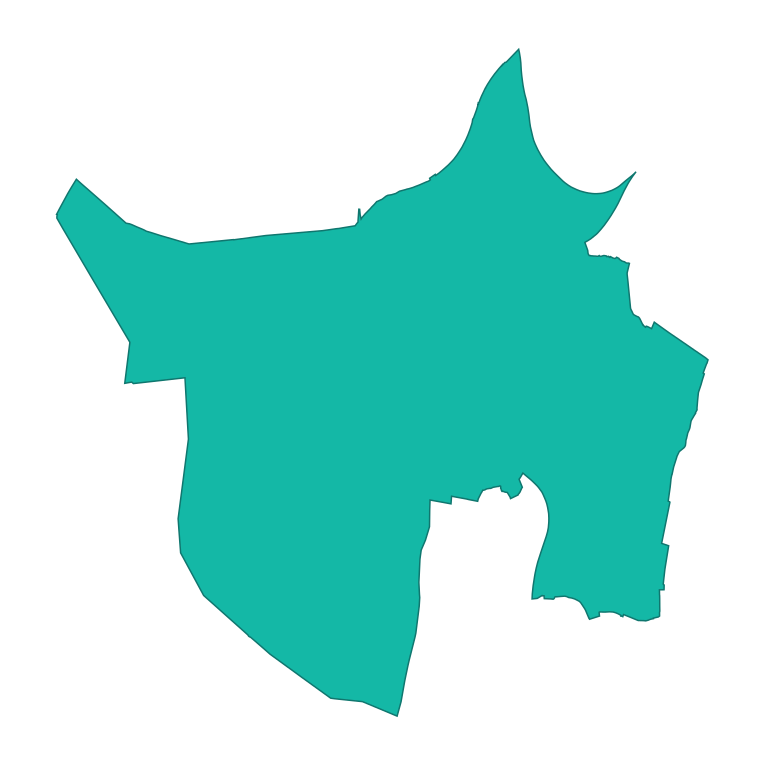 outline of Arnhem, Gelderland, Netherlands, rotated 269°
{"feature_id": "6326949B83148599629942", "entity_name": "Arnhem", "entity_type": "district", "adm_level": 2, "iso_a3": "NLD", "parent_name": "Netherlands", "parent_adm1": "Gelderland", "projection": "robinson", "projection_center": [5.9, 52.006], "detail": "fine", "context": "isolated", "style": "filled", "palette": "teal", "viewbox_px": 768, "rotation_deg": 269, "n_neighbors": 0, "source": "geoboundaries", "source_scale": "gbopen_adm2", "svg_char_len": 6077}
<svg xmlns="http://www.w3.org/2000/svg" viewBox="0 0 768 768"><g transform="rotate(269 384 384)"><path d="M559.3,59.6L559.1,60.3L558.5,60.1L557.3,59.9L555.6,59.8L545.4,65.4L497.0,92.7L430.4,130.5L429.8,130.6L389.2,124.8L390.3,131.8L388.8,133.4L389.0,135.4L393.7,185.1L332.3,187.5L252.9,175.8L243.6,176.3L218.7,177.7L175.7,200.0L135.5,243.5L134.6,244.0L134.0,244.5L133.6,245.1L133.1,246.2L122.1,258.5L115.8,265.4L92.0,296.9L70.8,325.2L70.2,329.0L66.8,356.9L51.7,391.3L66.0,395.5L86.5,399.5L91.0,400.5L102.4,403.1L108.0,404.5L130.5,410.6L134.4,411.5L161.1,415.3L169.9,416.0L172.8,415.8L185.0,415.4L208.3,416.9L217.3,418.3L227.1,422.7L240.5,427.0L257.2,427.5L267.2,428.0L265.1,438.5L264.8,440.1L263.0,448.9L270.6,449.6L269.5,454.9L267.6,464.4L267.0,466.6L265.1,475.6L267.5,476.2L273.4,479.3L273.7,479.6L276.1,480.9L276.0,481.4L276.4,483.0L276.8,483.8L277.1,484.2L277.4,485.1L277.8,487.9L277.8,489.0L278.8,491.3L279.5,495.5L279.5,496.2L279.6,496.8L280.1,498.1L279.8,498.8L279.0,498.9L277.7,498.8L277.3,499.1L275.7,499.5L274.7,500.0L274.9,500.4L274.5,500.7L274.5,501.4L273.8,503.1L273.4,505.4L268.7,508.1L267.2,508.5L270.7,516.1L271.7,516.5L272.2,517.1L273.6,518.1L274.9,518.7L277.4,519.9L278.3,520.5L286.4,517.4L286.5,517.4L287.7,518.4L292.5,521.3L286.8,527.9L284.9,530.0L281.5,533.4L279.3,535.5L277.7,536.8L273.9,539.5L272.8,540.2L270.4,541.3L266.3,543.0L263.9,543.9L261.3,544.7L257.5,545.5L252.1,546.3L250.8,546.4L247.0,546.5L243.5,546.4L241.3,546.2L237.5,545.8L235.1,545.3L233.2,544.9L228.9,543.6L212.6,537.8L203.2,534.6L197.3,533.0L191.6,531.7L189.0,531.2L179.7,529.6L171.4,528.6L166.5,528.3L166.9,532.9L167.0,533.6L169.5,537.9L169.4,537.9L169.5,540.3L166.6,540.5L166.2,546.9L165.9,549.4L166.2,550.0L166.5,550.3L167.1,550.7L167.8,551.0L168.1,551.3L168.3,551.5L168.3,552.8L168.2,552.8L168.5,556.8L168.7,560.8L168.6,561.5L168.2,563.1L167.3,564.9L166.8,567.7L165.9,570.5L165.5,571.4L163.8,574.6L163.2,575.6L162.5,576.3L161.7,577.0L155.9,580.7L154.4,581.5L146.7,584.6L146.8,584.7L145.2,585.4L148.2,595.4L151.4,595.1L152.1,595.2L152.2,595.4L152.3,595.8L152.1,601.0L152.3,605.6L152.0,609.2L151.2,611.7L150.6,613.1L150.0,614.4L148.8,616.4L148.6,616.6L148.1,616.9L147.8,616.8L147.7,617.3L147.9,617.6L147.2,618.7L149.3,619.5L146.6,625.9L143.1,634.0L142.8,640.9L142.6,641.0L142.7,642.0L143.2,644.0L144.0,646.0L144.3,647.2L144.7,649.3L145.2,649.2L146.3,654.3L147.2,655.5L150.6,655.5L151.1,655.6L151.5,655.7L152.2,655.8L156.3,655.8L164.3,655.9L167.6,655.9L168.6,655.8L173.4,655.8L173.4,660.4L178.1,660.6L178.2,660.3L179.1,659.7L193.7,661.6L197.2,662.2L217.3,665.8L219.8,658.8L260.8,667.8L261.1,667.7L261.9,666.1L275.8,668.3L279.7,668.8L284.1,669.3L288.4,670.2L288.4,670.4L296.1,672.2L306.2,675.6L306.3,675.5L310.0,677.4L311.0,677.9L311.4,678.2L311.7,678.6L315.0,682.8L316.1,683.7L317.3,684.3L319.9,684.7L322.1,684.9L323.1,685.1L324.1,685.5L329.8,686.9L333.2,688.5L334.9,689.1L340.3,690.1L341.3,690.3L342.7,690.9L347.1,693.6L349.4,695.1L349.8,694.9L352.4,696.4L352.5,696.3L353.2,696.6L354.2,696.5L362.3,697.3L369.8,698.2L371.1,698.6L377.9,701.0L382.6,702.4L388.5,704.4L389.3,703.3L392.3,704.4L398.6,706.9L398.9,707.2L402.5,708.4L404.5,706.1L412.5,694.8L417.4,688.0L430.4,669.7L441.1,655.3L434.7,652.5L436.5,649.1L436.9,648.2L437.2,647.4L437.2,647.2L436.7,647.0L436.2,646.4L438.2,644.2L438.6,644.1L438.5,643.9L439.3,643.5L444.1,641.3L445.4,640.6L446.1,640.0L446.6,639.5L446.9,638.8L447.0,638.4L448.3,636.0L448.7,635.3L449.3,634.6L449.7,634.3L453.3,632.7L454.1,632.3L455.1,631.9L455.8,631.8L482.1,629.7L489.8,629.0L491.1,629.1L500.3,631.5L500.6,630.8L500.7,628.5L502.0,626.6L502.4,625.2L502.9,623.9L504.7,621.4L504.8,621.3L505.4,621.2L506.7,618.8L506.0,618.1L505.7,617.7L505.5,617.2L505.5,616.8L506.0,615.1L507.5,612.5L507.5,612.4L507.4,612.3L506.7,612.1L506.6,611.8L506.9,611.3L507.5,610.9L507.8,610.5L507.7,610.1L507.4,609.1L507.7,608.8L508.2,608.5L508.6,606.3L508.6,605.9L508.2,604.4L507.8,603.1L508.1,602.0L508.7,601.4L508.0,600.4L508.0,599.3L508.2,597.8L508.3,595.9L508.4,595.3L508.6,592.8L508.8,592.6L508.8,591.5L510.4,590.5L511.0,590.3L514.1,590.0L522.1,587.3L524.1,590.9L525.6,593.3L529.9,598.8L531.2,600.2L535.0,603.7L538.9,607.0L544.4,611.1L548.6,614.0L555.9,618.6L560.5,621.2L573.0,627.5L580.2,631.5L582.6,633.0L587.0,636.0L591.8,639.7L590.1,638.0L588.1,635.7L585.4,632.2L582.8,628.9L578.0,623.1L576.4,620.7L574.9,617.9L573.6,615.1L572.3,611.2L571.6,608.7L571.1,606.5L570.8,604.3L570.6,600.7L570.6,598.1L570.8,595.6L571.4,591.6L572.0,588.9L572.7,586.4L573.6,583.4L575.0,580.0L576.7,576.5L577.6,574.7L579.4,571.9L581.8,568.7L583.7,566.5L588.7,561.5L592.6,557.7L595.8,554.8L599.2,552.1L602.1,549.9L604.9,547.9L610.2,544.7L615.9,541.7L621.6,539.2L625.1,537.9L628.7,537.0L638.5,534.9L642.8,534.3L650.3,533.6L657.9,532.6L666.1,531.1L670.8,529.9L673.8,529.3L679.7,528.3L683.6,527.8L690.1,527.1L695.2,526.7L702.7,526.4L707.2,526.0L712.8,525.2L716.3,524.5L703.7,511.9L703.6,511.7L703.4,510.5L700.5,507.7L700.9,507.7L697.3,504.4L692.2,500.1L687.3,496.4L681.9,492.8L678.2,490.6L677.9,490.6L677.9,490.4L673.9,488.4L670.1,486.5L666.4,484.9L663.7,483.9L663.7,483.2L662.0,483.3L662.0,482.6L660.5,482.6L655.7,481.0L648.5,478.2L647.2,477.3L643.7,476.7L641.5,476.0L637.4,474.6L631.6,472.3L627.0,470.2L624.7,469.0L619.5,466.2L615.8,463.8L611.6,460.9L607.5,457.7L605.8,456.1L601.9,452.2L596.5,445.9L593.7,442.4L591.6,439.3L592.7,438.9L588.9,433.2L587.3,433.9L586.0,432.0L585.3,429.8L582.4,422.9L580.9,418.7L580.0,416.4L578.8,412.2L578.5,410.5L577.9,408.6L576.5,402.9L574.3,399.1L573.1,394.7L572.6,391.1L571.7,389.2L568.8,385.4L567.0,381.3L566.5,379.9L563.8,377.5L561.1,374.7L559.7,373.5L554.6,368.3L550.4,364.6L549.4,364.0L553.8,363.1L559.1,362.7L559.2,361.9L547.9,360.9L546.2,360.8L545.3,359.9L542.7,357.9L541.1,346.9L540.3,341.6L540.1,339.0L539.1,331.2L538.7,327.8L538.4,325.4L534.5,268.3L530.8,236.2L531.0,236.0L527.4,191.5L532.3,176.1L536.3,163.1L539.4,154.0L540.9,149.1L542.2,146.8L543.4,144.2L545.4,139.6L547.7,134.7L548.6,132.4L549.3,128.9L568.5,108.1L584.3,90.7L589.8,84.6L594.1,80.0L585.8,74.7L579.9,71.1L564.7,62.5L559.3,59.6Z" fill="#14b8a6" stroke="#0f766e" stroke-width="1.5"/></g></svg>